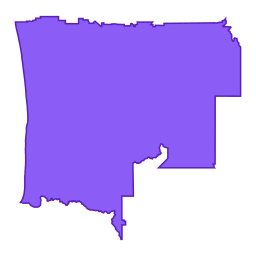 outline of Harvey, Western Australia, Australia
{"feature_id": "25037944B91209319772795", "entity_name": "Harvey", "entity_type": "district", "adm_level": 2, "iso_a3": "AUS", "parent_name": "Australia", "parent_adm1": "Western Australia", "projection": "robinson", "projection_center": [115.844, -33.15], "detail": "fine", "context": "isolated", "style": "filled", "palette": "violet", "viewbox_px": 256, "rotation_deg": 0, "n_neighbors": 0, "source": "geoboundaries", "source_scale": "gbopen_adm2", "svg_char_len": 5697}
<svg xmlns="http://www.w3.org/2000/svg" viewBox="0 0 256 256"><path d="M228.8,26.9L227.8,26.7L226.2,26.8L225.1,26.6L223.5,26.8L223.1,26.6L222.8,26.2L222.8,25.8L223.2,25.5L224.3,25.4L225.3,24.1L225.9,23.6L226.1,23.2L226.2,22.5L226.2,21.1L226.1,20.7L225.4,19.9L225.5,18.8L225.1,19.3L224.4,19.8L223.9,20.6L223.2,20.5L222.8,20.7L222.4,20.6L222.1,20.9L222.1,21.2L222.3,21.8L222.3,22.3L221.2,22.5L221.0,22.4L220.8,22.5L219.9,22.2L219.3,22.3L219.1,22.5L218.0,22.6L216.8,23.2L216.4,23.1L216.1,23.1L215.7,22.9L215.1,22.9L214.9,23.1L214.2,23.0L213.7,22.7L213.6,22.9L213.2,23.0L212.0,22.9L211.1,22.9L164.0,23.4L164.0,25.5L155.3,25.3L155.3,26.6L152.9,26.6L152.9,24.6L150.8,24.6L151.4,24.0L151.9,22.8L152.5,22.1L139.4,22.1L137.3,22.0L137.3,24.6L135.2,24.6L135.2,26.5L133.8,26.5L133.8,25.9L133.3,24.6L132.1,23.7L131.7,23.5L131.0,23.6L130.6,23.9L130.6,25.9L124.2,25.9L124.2,24.5L117.0,24.4L116.9,24.1L114.3,23.9L111.6,24.0L111.5,24.5L103.8,24.4L103.8,22.9L101.6,23.0L101.6,26.5L101.1,26.5L95.0,21.2L93.6,22.3L93.6,23.3L89.1,23.3L88.9,22.0L88.4,21.3L88.0,19.9L83.0,19.9L83.0,18.5L78.6,18.5L78.6,23.7L65.4,23.7L65.4,20.5L58.5,20.5L58.5,16.6L40.4,16.6L40.7,18.2L35.8,18.2L35.8,20.2L34.7,20.1L34.0,20.4L32.9,20.4L32.9,21.1L32.5,21.4L30.6,21.4L29.8,21.0L28.3,21.3L26.8,21.3L27.1,22.0L15.4,22.0L15.6,24.5L16.3,28.2L18.1,35.9L19.1,41.0L19.8,43.9L21.6,54.1L21.8,56.8L24.7,79.7L25.7,89.2L26.2,96.7L27.2,105.5L27.4,107.7L27.4,109.1L27.8,114.1L27.9,119.0L27.8,121.9L26.4,127.5L26.4,132.0L25.5,140.5L25.7,143.2L25.6,145.8L25.6,147.1L25.4,149.1L25.5,150.8L25.5,152.6L25.6,154.2L25.7,160.2L25.6,164.7L25.1,172.1L25.1,174.5L24.8,176.0L24.8,186.7L24.7,188.9L24.1,193.7L23.7,195.4L22.8,198.2L21.7,200.7L21.0,202.1L20.7,202.4L20.4,202.2L20.3,202.4L20.8,202.6L21.1,202.3L22.1,202.5L22.9,203.1L28.9,203.1L29.7,203.8L30.6,205.4L31.2,205.7L31.7,205.6L32.6,206.4L33.4,206.8L34.8,207.2L36.0,207.0L37.5,207.1L38.4,206.9L39.3,206.4L40.0,205.6L40.4,205.0L40.6,203.4L40.7,201.3L41.0,200.2L40.4,198.1L40.4,197.3L41.0,196.5L41.3,196.2L42.0,196.2L43.4,196.5L44.2,196.5L44.6,196.6L45.1,197.2L45.5,197.8L47.1,198.8L47.2,199.4L47.1,200.8L47.2,201.0L47.8,201.1L48.6,201.0L49.8,200.3L50.7,200.2L50.9,199.8L50.9,198.9L51.1,198.6L51.5,198.4L52.0,198.4L52.2,198.5L52.3,198.9L52.2,199.9L52.4,200.1L52.8,200.3L53.4,200.1L54.2,199.4L55.5,198.9L56.4,198.8L56.9,199.5L57.4,199.7L58.4,199.3L58.7,198.8L58.9,198.7L59.4,199.0L59.8,199.8L59.9,200.5L59.7,201.5L59.9,201.8L60.1,201.9L62.1,201.7L62.8,203.0L64.8,203.5L66.1,205.3L66.3,205.2L66.9,204.8L67.2,205.1L67.4,205.0L67.7,204.6L67.8,204.1L68.5,203.8L68.5,203.0L68.9,202.8L68.4,202.0L68.8,201.7L69.6,201.4L69.8,201.2L71.1,201.5L71.3,201.4L71.2,201.2L71.3,201.1L71.7,201.4L72.1,201.3L72.2,201.7L72.3,201.8L72.9,201.5L73.2,201.0L73.5,201.2L73.8,201.2L74.1,200.7L74.9,200.8L75.3,201.2L75.2,201.7L75.9,201.8L76.6,202.2L77.0,201.7L77.8,201.6L78.1,201.0L78.5,201.4L79.0,201.0L79.4,201.6L80.0,201.8L80.3,201.8L81.2,202.6L81.8,202.9L81.9,203.1L81.7,203.6L81.8,203.8L82.7,204.3L83.2,204.3L84.1,205.6L84.7,206.1L85.6,206.4L86.5,207.8L87.6,208.8L88.3,209.2L88.8,209.4L89.6,209.4L89.9,209.6L90.0,210.0L91.9,209.9L93.4,210.2L94.2,210.2L95.4,210.6L97.8,210.5L98.5,210.8L98.7,211.3L99.3,211.5L100.7,210.9L102.0,212.2L103.3,212.8L103.7,212.7L104.4,211.7L104.7,211.8L105.3,211.4L105.8,211.4L106.7,211.9L106.9,212.3L107.6,213.1L108.1,213.3L109.1,213.2L109.6,213.0L110.4,212.0L110.9,211.5L111.7,211.4L112.3,211.0L113.2,211.1L114.5,210.7L114.8,210.9L114.8,211.7L114.2,213.6L114.5,214.0L115.3,214.3L115.3,214.8L115.0,215.6L113.9,216.1L113.7,216.5L113.6,217.3L113.1,218.1L112.3,218.6L111.9,219.1L111.8,219.9L111.9,220.4L111.9,220.9L112.1,221.4L112.4,221.6L112.6,221.5L112.6,221.8L112.5,222.1L112.0,222.5L111.8,223.0L112.0,223.6L113.7,225.3L114.0,225.8L115.5,227.5L115.5,227.9L115.4,228.1L115.5,228.6L115.9,229.5L117.1,230.5L117.5,231.5L117.8,231.7L118.6,231.9L118.9,232.2L119.4,233.5L119.3,234.3L119.0,235.3L119.1,235.7L119.9,236.3L120.4,237.1L120.9,238.4L120.9,239.2L121.0,239.4L121.9,239.4L122.0,239.4L122.0,224.9L125.6,224.9L125.6,221.3L124.1,221.3L124.1,220.1L121.9,220.1L121.8,196.1L133.4,196.1L132.9,163.2L133.2,162.8L134.0,162.7L134.9,161.7L135.1,162.1L136.0,162.5L136.8,163.2L137.2,163.3L137.9,163.0L138.5,163.3L138.8,163.1L139.6,163.0L140.1,162.7L140.3,162.4L140.8,162.3L141.2,161.4L141.5,161.1L142.3,160.6L142.7,160.7L143.7,160.5L143.9,160.3L144.4,159.3L145.8,158.7L147.3,158.2L147.9,157.4L148.2,157.3L148.7,157.4L149.4,157.2L149.5,157.3L149.8,158.0L150.3,158.1L150.8,158.6L151.1,158.6L151.6,158.3L152.2,158.8L152.5,158.0L152.8,157.8L154.5,157.5L155.6,157.7L156.1,157.5L156.8,156.2L157.2,156.2L157.4,156.0L157.6,155.6L158.0,155.6L158.1,155.2L158.3,155.0L158.3,154.6L158.4,154.3L159.0,154.3L159.4,154.7L159.7,154.6L160.0,154.4L160.1,154.2L160.5,154.1L161.1,153.1L161.0,152.7L160.6,152.3L160.3,151.8L160.0,151.4L160.0,150.6L159.7,149.3L159.7,149.0L159.4,148.4L159.3,147.5L160.1,146.3L160.3,144.9L160.6,144.1L161.0,143.9L161.5,143.9L162.9,144.6L163.0,144.8L162.9,145.4L163.0,145.8L163.4,146.4L163.8,146.7L166.1,147.6L167.9,147.9L167.8,158.5L158.6,167.8L214.3,167.8L214.1,167.6L214.0,165.6L213.1,164.1L215.1,164.0L215.2,96.1L240.6,96.2L240.6,47.0L239.7,46.1L239.7,45.9L238.8,44.9L238.7,44.3L238.9,43.7L238.8,43.1L238.6,42.7L238.3,42.6L238.0,42.4L237.0,40.3L237.0,39.6L237.1,39.4L236.9,38.6L236.0,38.3L234.6,38.0L233.9,38.6L234.2,39.8L233.9,40.9L233.5,41.2L233.0,41.2L232.5,40.7L231.6,38.4L231.7,37.8L231.6,37.0L231.9,36.1L231.7,35.0L231.0,33.6L230.7,33.6L230.5,33.4L230.2,32.6L230.2,32.3L229.9,31.6L229.7,31.4L229.2,31.4L228.8,31.2L228.3,30.5L228.4,30.2L228.4,29.9L228.8,29.9L229.4,29.5L229.6,29.0L230.2,28.1L230.8,27.7L230.9,27.3L230.7,26.9L230.4,26.8L228.8,26.9Z" fill="#8b5cf6" stroke="#5b21b6" stroke-width="1.5"/></svg>